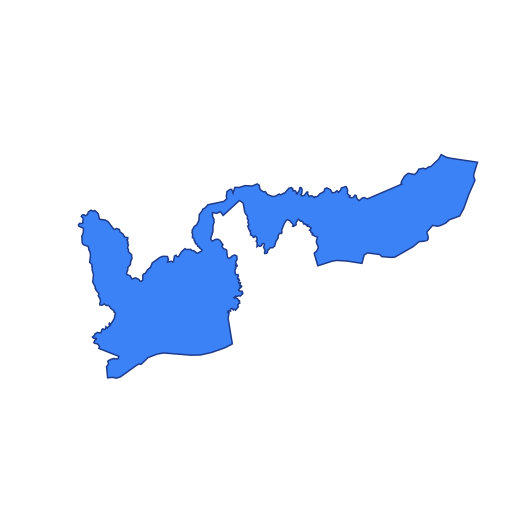 outline of Macapá, Amapá, Brazil, rotated 21°
{"feature_id": "56859067B47097843111479", "entity_name": "Macapá", "entity_type": "district", "adm_level": 2, "iso_a3": "BRA", "parent_name": "Brazil", "parent_adm1": "Amapá", "projection": "robinson", "projection_center": [-50.803, 0.571], "detail": "fine", "context": "isolated", "style": "filled", "palette": "blue", "viewbox_px": 512, "rotation_deg": 21, "n_neighbors": 0, "source": "geoboundaries", "source_scale": "gbopen_adm2", "svg_char_len": 6137}
<svg xmlns="http://www.w3.org/2000/svg" viewBox="0 0 512 512"><g transform="rotate(21 256 256)"><path d="M265.4,346.5L252.2,324.0L251.3,318.7L250.6,318.2L249.8,318.8L249.6,318.1L249.8,317.2L252.0,316.5L251.2,314.8L252.3,313.5L254.3,314.5L254.8,313.4L256.3,313.9L257.6,310.4L257.7,309.6L256.6,308.6L256.9,306.4L257.7,306.0L256.5,303.6L255.7,303.9L254.5,302.7L252.0,302.2L251.5,303.0L250.4,302.8L251.4,300.8L252.9,300.5L254.1,299.3L255.6,299.1L257.2,296.0L256.3,295.4L256.5,294.6L255.3,293.8L254.5,294.6L252.2,294.3L251.8,293.8L252.7,291.5L252.3,290.9L253.3,290.6L253.5,289.4L252.7,289.0L252.3,289.8L251.4,289.3L251.1,286.6L249.5,287.5L248.9,285.7L249.4,284.9L248.0,283.5L247.2,284.0L246.6,283.2L246.7,281.1L245.9,279.8L244.2,280.5L243.2,280.2L241.4,276.8L241.6,274.6L241.0,273.9L242.0,271.9L241.5,271.3L240.1,271.9L240.1,270.1L239.0,268.8L239.6,266.0L238.1,263.0L235.8,262.6L233.8,264.5L232.3,267.4L230.8,268.1L229.4,266.7L226.7,261.3L225.2,260.6L223.8,261.0L221.4,259.9L220.6,258.3L221.2,257.4L216.6,254.3L214.4,254.0L212.1,255.1L210.1,257.7L207.8,256.8L207.3,254.6L207.1,248.9L204.9,242.8L204.8,239.6L203.6,236.8L201.2,234.6L199.9,231.1L204.1,230.2L206.8,227.4L210.8,229.9L220.6,210.2L223.8,210.8L225.1,211.3L229.5,218.6L231.2,220.4L233.8,221.8L234.4,224.2L236.1,225.4L236.5,227.8L237.4,228.3L238.3,230.1L237.5,230.9L240.1,234.0L241.7,234.4L241.6,235.3L242.4,235.7L243.3,238.2L245.9,238.5L246.5,239.4L247.3,239.4L248.2,237.7L250.3,238.5L251.1,240.6L250.8,242.1L252.3,243.0L253.6,246.9L254.4,245.4L256.1,245.6L257.5,244.4L257.4,242.2L259.0,241.5L259.8,242.3L260.0,245.2L262.5,247.5L262.6,249.7L263.5,250.6L265.1,249.4L265.4,248.3L264.7,246.6L265.5,245.7L266.3,243.2L268.6,242.3L269.8,240.1L269.4,235.3L270.2,230.9L269.5,229.7L269.5,227.7L270.2,226.1L271.6,226.0L271.8,224.7L270.6,222.5L270.8,215.3L271.5,212.2L272.3,210.8L274.9,211.0L278.7,212.9L279.6,213.6L279.5,215.1L280.3,215.0L282.3,212.5L281.4,210.6L282.3,206.4L285.2,207.6L286.7,207.0L289.4,209.1L290.2,208.3L292.4,209.5L293.1,208.4L293.8,209.8L295.2,209.4L297.6,210.3L296.7,212.7L297.8,212.8L298.7,214.1L300.8,214.5L300.4,215.2L301.0,216.1L306.8,216.5L306.9,219.8L307.7,222.0L310.6,224.8L311.2,226.5L310.7,230.3L309.4,231.9L309.7,233.1L317.2,243.0L328.5,233.9L332.7,231.3L342.8,228.1L357.6,224.9L356.6,216.4L358.9,213.2L370.9,210.3L373.7,211.5L382.9,208.8L386.1,207.2L399.4,190.9L403.0,184.3L408.5,181.4L410.3,179.8L410.6,178.2L409.7,176.1L406.9,172.4L409.9,164.2L414.8,163.1L417.0,161.7L421.3,157.3L423.5,152.9L431.8,145.7L432.9,137.3L432.6,121.4L433.3,106.9L430.7,103.7L430.0,101.3L429.2,89.1L402.6,95.0L398.3,95.6L392.5,95.0L391.9,99.9L387.2,109.8L385.3,110.9L383.2,114.0L380.8,114.1L376.9,116.5L376.2,120.5L374.8,123.1L368.7,124.2L368.0,124.8L366.0,128.5L365.1,134.2L365.4,136.1L366.5,136.5L339.5,162.8L336.2,162.7L334.8,163.3L332.3,167.5L329.5,166.1L327.9,163.8L327.1,163.6L326.2,164.1L326.3,165.6L324.9,167.2L321.9,167.7L322.2,165.9L320.5,165.9L318.8,164.7L317.9,161.6L315.5,159.0L314.7,159.1L311.3,161.9L311.3,164.7L310.2,167.0L308.7,166.1L307.9,166.3L307.1,168.2L305.1,169.5L304.1,169.4L301.7,167.4L297.5,167.1L296.1,168.8L296.5,171.4L293.2,175.2L292.3,177.9L291.2,179.1L289.8,179.4L289.4,180.6L287.1,179.8L285.4,180.3L284.5,181.4L282.1,179.8L281.4,177.8L280.6,177.9L279.3,182.2L277.4,183.4L275.8,182.7L276.3,181.1L275.7,178.7L275.0,177.0L273.5,176.0L272.5,176.3L272.9,179.6L272.2,183.3L271.5,183.5L271.0,182.1L269.0,181.0L267.3,181.9L266.1,180.0L265.3,180.2L264.8,179.4L262.5,180.8L260.1,187.4L259.4,187.4L257.0,190.2L255.7,189.8L254.7,190.6L252.7,193.4L249.8,194.5L244.7,194.5L241.6,192.6L240.2,193.3L237.4,193.0L235.1,191.5L233.7,188.8L231.2,188.3L227.4,192.0L220.6,194.2L215.6,198.1L211.7,199.5L212.0,205.5L209.4,202.5L208.0,203.1L205.8,206.2L206.8,210.6L208.2,213.0L206.4,216.6L192.7,225.4L191.3,229.3L189.5,231.4L189.5,233.3L188.2,237.6L189.9,243.2L189.5,248.0L187.8,250.5L187.2,255.0L187.9,256.2L187.8,257.0L189.1,258.5L190.0,261.6L191.9,261.9L192.9,263.9L194.2,264.2L194.3,265.2L195.4,266.2L196.8,266.1L198.0,267.8L199.8,267.8L200.1,268.6L203.2,269.4L203.6,270.0L203.2,271.1L200.1,274.6L196.2,273.3L193.9,273.9L192.9,273.2L188.5,274.9L187.0,274.6L184.8,279.1L183.9,284.5L182.0,284.8L181.1,283.9L179.9,285.2L180.9,290.4L180.4,291.6L178.8,291.2L175.6,293.4L175.5,290.6L173.5,288.2L169.4,289.5L166.9,291.6L161.6,299.7L161.6,304.2L159.6,307.9L159.0,311.5L157.6,313.1L157.2,314.5L158.8,318.7L158.7,319.7L157.5,320.8L156.8,321.1L155.2,319.9L151.5,319.5L148.4,321.9L145.5,319.5L141.9,319.6L141.2,317.9L141.3,314.9L140.4,312.5L141.8,309.1L141.0,306.2L141.1,302.9L139.3,299.3L135.3,297.7L134.6,295.6L133.2,294.7L132.7,290.8L131.8,290.7L131.3,289.9L131.6,289.0L129.6,287.1L130.2,286.7L129.8,284.8L126.6,285.4L124.1,283.3L120.3,282.1L118.9,280.2L116.0,280.3L114.3,281.9L113.4,281.8L105.6,277.0L102.4,276.4L96.7,277.8L93.6,273.1L89.6,271.4L88.6,271.6L88.3,272.6L85.6,272.3L83.7,275.0L83.8,277.6L82.5,279.5L80.6,279.1L79.0,280.1L78.7,281.7L81.1,282.7L82.4,287.2L81.9,288.1L79.7,288.7L79.0,290.3L79.4,291.1L79.9,291.7L84.6,291.9L85.3,292.7L86.5,296.8L86.3,299.9L89.0,306.0L90.9,307.3L96.0,307.2L97.8,310.2L99.5,311.6L101.3,314.8L103.0,321.6L105.0,322.2L106.7,324.1L106.5,324.9L107.2,325.4L108.0,327.7L111.0,331.7L112.9,338.8L117.1,342.6L117.4,343.9L118.3,344.1L118.7,345.1L123.1,347.6L122.9,349.6L125.8,351.9L127.2,354.4L127.1,356.6L127.7,357.6L129.8,357.3L131.6,355.1L133.8,355.8L136.1,355.1L137.1,355.3L139.1,356.9L143.3,358.1L143.4,359.1L145.2,359.6L146.1,365.1L145.6,368.4L144.7,372.2L143.3,371.3L143.1,372.2L144.6,373.1L144.5,373.9L143.7,374.4L142.9,376.6L141.3,375.8L141.6,377.8L140.6,379.3L139.2,378.8L138.5,379.8L138.8,382.7L138.1,383.7L135.3,384.2L133.6,386.4L133.6,388.1L132.3,390.2L133.8,391.0L136.1,390.0L136.8,390.8L135.8,392.2L135.6,394.8L136.4,395.3L139.6,394.9L142.4,396.6L142.4,398.6L163.9,398.8L164.0,401.4L160.9,402.8L160.2,402.5L157.6,404.4L157.4,405.3L156.5,405.5L155.3,407.3L157.1,409.8L156.1,412.7L161.1,422.9L165.8,420.6L169.4,420.1L172.7,417.5L183.4,401.2L185.5,398.6L187.1,398.6L187.9,397.7L191.6,389.5L199.0,382.9L204.6,379.6L230.5,372.0L239.6,368.3L249.2,361.9L260.3,352.4L265.4,346.5Z" fill="#3b82f6" stroke="#1e3a8a" stroke-width="1.5"/></g></svg>